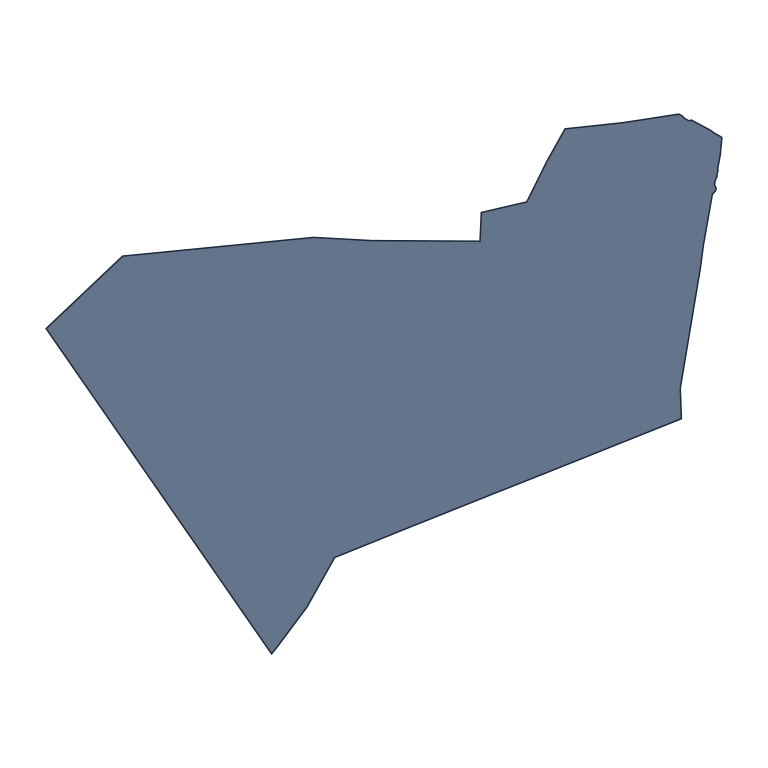 outline of Santo Tomás Mazaltepec, Oaxaca, Mexico
{"feature_id": "50627088B31579433825276", "entity_name": "Santo Tomás Mazaltepec", "entity_type": "district", "adm_level": 2, "iso_a3": "MEX", "parent_name": "Mexico", "parent_adm1": "Oaxaca", "projection": "orthographic", "projection_center": [-96.882, 17.144], "detail": "fine", "context": "isolated", "style": "filled", "palette": "slate", "viewbox_px": 768, "rotation_deg": 0, "n_neighbors": 0, "source": "geoboundaries", "source_scale": "gbopen_adm2", "svg_char_len": 863}
<svg xmlns="http://www.w3.org/2000/svg" viewBox="0 0 768 768"><path d="M680.3,388.2L700.5,267.4L703.4,245.2L712.4,194.2L713.1,193.5L715.4,191.0L715.7,190.0L716.2,189.3L715.8,187.2L714.4,184.6L715.0,182.9L715.1,180.7L716.0,178.4L717.0,176.9L717.0,174.1L718.1,170.4L717.6,169.1L720.4,154.3L720.4,154.2L720.5,152.9L720.7,149.4L721.9,138.4L721.9,138.1L721.8,137.7L721.7,137.4L720.0,136.3L713.3,132.6L712.0,131.4L710.0,130.1L709.8,129.9L691.3,120.0L690.3,120.6L688.5,120.6L685.2,118.8L684.8,118.6L682.1,115.9L678.8,114.1L642.0,119.8L621.8,122.8L565.1,128.8L547.2,160.7L528.7,198.0L526.7,201.9L504.3,207.1L481.3,212.5L480.0,241.2L371.9,240.6L313.5,237.4L122.6,256.1L46.1,328.6L271.6,653.9L278.6,645.1L307.2,606.7L334.7,557.5L409.9,527.1L493.3,493.8L536.4,476.7L592.3,454.4L619.5,443.5L681.4,418.7L680.3,388.2Z" fill="#64748b" stroke="#1e293b" stroke-width="1.5"/></svg>